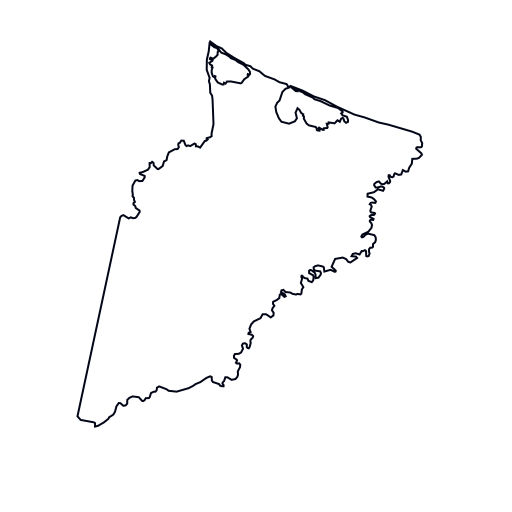 outline of Brus Laguna, Gracias a Dios, Honduras, rotated 12°
{"feature_id": "27666195B63914214220022", "entity_name": "Brus Laguna", "entity_type": "district", "adm_level": 2, "iso_a3": "HND", "parent_name": "Honduras", "parent_adm1": "Gracias a Dios", "projection": "albers", "projection_center": [-84.625, 15.441], "detail": "fine", "context": "isolated", "style": "outline", "palette": "ink", "viewbox_px": 512, "rotation_deg": 12, "n_neighbors": 0, "source": "geoboundaries", "source_scale": "gbopen_adm2", "svg_char_len": 6066}
<svg xmlns="http://www.w3.org/2000/svg" viewBox="0 0 512 512"><g transform="rotate(12 256 256)"><path d="M115.1,246.4L114.7,449.9L118.6,452.8L132.0,452.4L133.3,452.9L134.0,456.3L136.7,455.0L141.7,450.5L145.5,445.9L145.8,444.4L149.4,440.8L150.5,437.6L150.7,432.3L152.3,428.4L153.9,428.1L157.4,430.1L159.6,429.2L160.7,427.2L160.0,423.5L161.7,421.0L164.5,419.0L170.7,418.5L174.9,421.5L175.9,421.3L177.0,420.2L177.7,418.0L180.7,417.3L181.4,416.0L181.8,411.8L184.4,409.9L185.9,409.6L186.7,408.1L186.5,405.4L188.4,403.7L196.1,404.9L198.6,406.0L206.5,405.2L217.4,399.4L221.3,396.3L223.6,393.8L227.8,390.9L232.8,385.6L236.2,383.2L237.8,383.6L238.7,386.9L240.0,388.2L246.6,389.0L247.7,390.2L249.3,390.5L251.3,390.2L251.2,389.1L249.7,387.8L249.7,386.7L250.8,384.8L251.2,381.0L253.3,380.6L257.8,382.2L261.4,380.7L262.8,378.3L263.1,375.9L262.2,372.6L263.5,368.0L263.2,365.6L261.9,364.5L259.9,365.2L258.6,364.6L259.2,362.2L258.8,361.5L255.7,360.2L255.2,358.3L255.7,356.3L259.6,355.2L261.5,353.4L262.6,349.4L260.8,346.4L261.4,344.4L263.4,343.6L265.4,344.4L265.9,347.0L266.9,347.7L268.1,347.8L268.7,346.3L268.9,342.0L268.2,340.7L268.2,338.9L269.7,336.7L269.9,335.0L268.3,333.9L264.8,333.9L264.8,332.6L266.5,331.5L264.7,328.5L265.5,323.9L267.5,320.4L273.3,315.9L274.6,311.6L278.1,310.9L283.2,313.0L285.4,310.5L285.1,307.9L282.9,305.8L283.0,303.8L284.3,300.9L282.5,299.2L282.3,297.2L285.4,294.8L287.5,292.4L287.3,288.9L287.9,288.2L289.0,288.2L292.3,290.1L293.4,289.2L292.1,287.5L287.9,286.1L288.1,284.3L289.8,283.4L292.3,285.1L297.3,284.6L299.5,285.4L303.2,285.4L304.3,284.5L307.6,284.3L308.2,283.2L307.8,279.2L308.8,276.6L305.5,273.1L305.8,268.4L304.7,267.1L304.7,265.8L305.4,265.7L306.5,266.8L308.5,267.5L311.1,267.4L312.4,269.4L316.0,270.0L317.0,268.0L316.8,264.7L315.9,263.0L311.5,261.7L311.0,259.3L311.9,258.4L313.2,258.4L316.9,260.1L318.1,261.8L319.0,265.3L321.6,264.2L323.1,260.9L323.1,259.2L322.0,257.7L316.7,258.0L315.4,257.1L314.7,255.1L315.8,253.8L318.6,252.3L323.6,252.4L324.7,253.0L326.1,257.0L331.8,254.0L336.4,255.1L337.1,254.6L337.0,253.7L332.2,250.8L334.0,242.4L341.2,239.5L344.8,240.3L347.4,242.5L349.7,242.7L355.3,236.9L353.9,235.8L349.5,236.3L350.2,233.9L353.0,232.6L357.0,233.0L358.3,229.2L359.3,229.2L361.3,227.7L362.2,227.9L362.8,229.0L363.8,233.1L364.9,233.3L366.2,232.6L366.6,230.0L365.5,228.0L365.2,225.6L366.1,224.1L367.8,223.7L368.5,222.8L368.0,219.9L369.7,217.7L369.9,215.3L369.2,212.9L367.4,211.0L360.9,210.8L358.9,212.2L357.0,215.1L355.7,215.7L355.0,215.1L355.6,212.9L360.8,208.9L363.0,204.7L363.1,201.7L362.0,199.9L360.2,198.6L360.0,197.6L360.7,196.7L363.1,196.4L363.3,195.3L359.3,194.1L358.9,193.4L359.9,192.1L363.0,191.2L363.6,189.7L363.0,189.2L359.9,189.5L358.8,188.8L358.4,187.7L358.9,183.6L358.0,182.3L356.5,181.7L357.1,180.3L358.0,179.7L361.7,179.2L362.0,177.7L359.7,175.9L356.9,174.7L352.7,174.7L352.2,171.9L358.1,169.1L361.4,165.4L366.7,165.8L367.4,163.6L367.1,162.6L366.0,162.1L364.0,161.9L360.3,163.9L358.8,164.1L356.8,162.2L356.8,160.8L358.6,158.6L360.7,157.5L363.1,159.3L364.9,159.5L366.4,158.9L368.8,155.8L369.7,157.5L370.8,157.3L371.7,156.0L371.7,154.9L369.1,150.8L369.0,149.4L369.9,149.2L371.2,150.5L372.8,150.7L374.1,149.6L374.1,147.5L374.8,146.2L378.7,147.0L381.1,146.1L381.8,141.4L384.8,142.4L387.2,141.6L387.5,137.8L389.2,133.3L388.7,128.5L393.3,127.3L395.1,126.0L397.3,122.5L396.4,121.2L390.4,117.8L390.4,116.7L391.1,116.0L394.0,115.6L395.1,115.1L395.5,114.2L395.1,111.0L393.1,108.6L392.4,105.2L390.7,103.3L382.8,101.9L358.1,100.0L348.4,99.9L333.6,97.9L322.8,97.2L304.1,93.1L290.9,89.2L279.5,87.9L267.0,84.5L254.5,82.5L254.1,82.9L260.5,86.4L261.5,86.3L260.0,84.8L267.9,86.2L270.3,87.5L278.7,89.3L280.6,90.5L286.9,91.1L296.7,93.5L305.6,94.2L310.7,96.7L310.9,97.6L309.7,98.8L311.4,100.4L315.9,100.9L317.7,103.7L318.1,105.6L316.4,107.0L314.4,105.9L312.8,103.2L312.0,102.9L310.7,104.1L310.0,107.3L307.5,106.3L305.3,109.9L299.3,110.2L299.5,111.5L297.7,111.9L299.3,115.1L299.1,116.0L295.7,117.0L295.4,117.9L295.9,118.5L295.3,118.8L291.0,117.3L290.7,118.1L292.1,119.4L292.1,120.2L290.3,120.4L289.3,120.1L288.6,118.2L287.6,117.4L280.5,117.2L277.9,115.9L274.3,111.8L273.9,109.6L272.7,109.0L272.8,107.6L270.6,106.8L268.1,104.0L265.9,102.8L264.9,107.6L267.4,112.8L266.0,116.2L260.8,119.7L253.0,119.4L249.8,116.6L245.9,111.0L243.9,105.8L244.9,101.6L246.7,99.0L247.7,90.1L250.1,86.3L253.1,84.5L250.2,81.5L242.7,81.1L237.4,79.4L227.3,78.0L220.9,74.6L213.9,73.4L211.0,71.5L206.2,71.2L203.6,69.8L194.2,67.0L184.8,63.5L179.4,60.1L173.7,58.9L166.6,55.7L166.4,56.9L175.3,60.6L179.7,64.3L184.7,65.1L189.2,66.8L190.2,67.7L195.2,68.5L198.0,70.0L203.9,71.5L209.6,75.0L211.7,77.0L212.4,79.3L211.9,79.9L210.2,79.8L210.2,80.7L211.2,81.4L211.0,82.1L207.8,85.5L205.9,89.7L205.2,90.3L195.2,90.5L191.3,91.4L190.4,93.7L188.7,93.2L188.6,95.0L187.4,95.3L182.5,94.2L179.8,91.7L179.0,90.6L179.0,88.7L178.3,88.5L177.5,89.6L176.4,89.1L174.5,85.9L174.0,83.3L174.3,80.6L173.4,80.5L173.4,78.8L171.3,78.2L170.1,76.8L172.7,74.3L172.8,73.5L170.0,73.0L169.9,72.1L170.3,71.4L173.1,72.0L175.2,69.5L176.6,67.2L176.1,64.5L176.9,63.1L174.6,60.7L172.0,60.5L166.4,57.9L167.2,65.6L167.1,74.1L169.1,84.2L173.6,91.4L173.6,94.8L175.2,97.7L177.3,105.8L179.7,108.3L181.0,112.1L187.0,135.8L187.1,145.6L187.7,148.0L186.2,149.5L183.3,150.9L183.3,151.7L184.4,152.2L183.2,153.7L182.0,154.2L178.8,161.6L176.4,160.9L174.4,161.2L173.9,159.2L172.4,158.8L168.9,162.1L166.5,162.0L165.2,162.9L163.9,162.1L161.4,158.3L159.0,158.6L157.9,161.2L156.8,161.9L156.8,163.4L157.9,165.6L157.1,167.7L154.4,168.4L149.2,172.8L148.5,177.2L148.6,180.2L148.5,180.9L146.4,182.6L146.0,187.4L142.5,191.3L141.6,191.4L137.2,188.7L136.3,186.1L134.8,185.5L133.9,187.0L132.6,187.2L133.5,191.2L132.4,194.0L128.0,197.3L124.9,198.8L125.4,199.9L130.4,200.8L130.8,202.1L129.3,206.2L126.2,207.1L124.1,206.4L122.3,207.3L120.6,212.8L121.5,218.2L122.8,221.7L122.8,223.2L124.5,224.4L125.0,226.5L126.3,228.3L125.2,229.6L125.4,231.1L127.4,232.2L128.5,234.1L132.5,235.7L133.1,237.0L131.0,242.6L129.9,243.9L127.9,244.6L125.5,244.2L123.7,245.7L117.8,243.6L116.1,244.7L115.1,246.4Z" fill="none" stroke="#020617" stroke-width="2"/></g></svg>